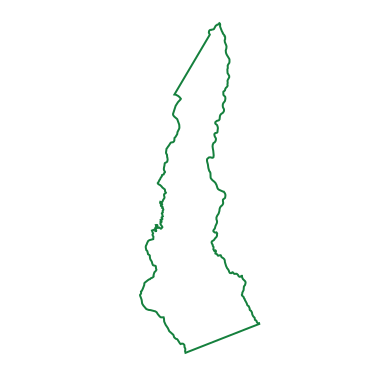 Moju, Pará, Brazil (Natural Earth projection), rotated 339°
{"feature_id": "56859067B36583280657778", "entity_name": "Moju", "entity_type": "district", "adm_level": 2, "iso_a3": "BRA", "parent_name": "Brazil", "parent_adm1": "Pará", "projection": "natural_earth1", "projection_center": [-48.984, -2.536], "detail": "fine", "context": "isolated", "style": "outline", "palette": "green", "viewbox_px": 384, "rotation_deg": 339, "n_neighbors": 0, "source": "geoboundaries", "source_scale": "gbopen_adm2", "svg_char_len": 6113}
<svg xmlns="http://www.w3.org/2000/svg" viewBox="0 0 384 384"><g transform="rotate(339 192 192)"><path d="M210.5,94.7L211.9,95.5L213.5,97.4L214.3,98.8L215.0,100.9L214.6,101.4L211.1,103.1L207.6,105.7L202.2,112.4L202.0,113.5L202.2,114.5L202.6,115.5L204.3,118.6L204.3,119.1L204.2,124.5L203.8,125.9L203.2,127.6L202.6,128.4L199.9,130.9L198.9,132.7L196.3,134.7L195.0,135.3L193.9,137.7L193.1,138.4L192.0,138.7L190.3,138.3L189.7,138.4L186.7,140.6L185.6,141.2L185.1,141.7L183.7,142.5L182.0,145.6L181.8,146.2L181.7,146.9L182.0,148.0L181.9,148.6L181.3,150.6L181.3,151.3L180.8,153.2L179.7,154.8L178.7,155.1L177.6,155.2L177.0,155.3L176.6,155.8L175.9,157.2L174.6,159.2L173.9,160.5L173.7,161.8L174.0,163.6L173.7,164.0L172.7,164.4L171.9,165.4L170.0,165.5L169.4,166.6L168.0,167.4L166.6,168.8L166.1,169.0L164.4,170.6L163.2,171.4L163.4,172.6L164.7,174.1L165.6,175.9L165.9,177.1L167.5,179.8L167.5,180.4L167.1,181.9L167.4,183.3L166.8,183.7L165.7,183.8L165.0,184.4L164.6,185.5L164.5,186.9L164.2,187.6L161.8,189.4L161.4,190.0L160.7,190.6L159.8,190.5L158.9,189.8L158.3,190.7L158.5,191.3L158.8,191.8L159.7,192.2L159.8,192.7L159.3,193.1L158.2,193.2L158.1,194.0L158.7,194.4L159.0,194.9L159.2,195.6L158.4,196.1L159.0,197.1L158.9,198.3L157.9,199.0L157.6,199.6L157.6,200.3L157.3,200.7L156.7,200.8L156.2,201.1L156.2,202.7L156.0,203.2L156.1,204.3L154.6,204.8L154.7,206.0L154.7,206.5L154.4,206.9L153.3,206.6L152.8,206.7L153.0,208.7L152.6,209.2L151.9,208.6L151.5,209.6L151.2,210.1L151.1,211.1L151.8,213.8L151.7,214.3L150.2,215.1L149.8,215.1L148.5,213.3L147.4,213.4L147.0,212.9L147.7,211.0L147.7,210.4L147.0,210.0L146.4,209.9L146.4,210.4L146.1,211.0L146.4,212.4L145.9,212.9L144.9,212.4L144.5,212.9L144.8,213.8L144.8,214.4L144.8,215.1L144.5,215.6L143.8,215.4L144.0,214.3L143.9,213.6L140.8,213.6L140.8,216.8L139.8,217.7L139.7,218.7L140.0,219.6L139.9,220.1L138.9,222.1L135.1,221.7L134.3,221.8L133.4,222.1L131.6,223.8L130.9,224.7L129.9,225.5L129.3,226.3L128.9,227.4L128.5,229.8L128.8,230.3L129.1,231.2L128.7,234.4L129.6,235.5L129.8,236.3L129.3,237.8L129.0,239.4L129.0,240.4L129.3,241.2L129.5,243.2L129.3,244.1L129.3,246.1L129.6,246.6L131.1,247.6L131.6,248.3L131.0,250.5L130.9,251.9L129.7,252.8L128.1,253.5L126.7,255.3L126.1,256.2L126.1,256.8L125.6,257.4L123.9,257.8L122.5,257.8L121.6,258.3L120.7,258.2L119.3,258.5L115.2,259.8L114.6,260.5L114.1,261.7L111.5,264.6L109.7,266.3L108.7,266.6L108.3,268.1L107.8,268.7L106.6,269.5L106.4,270.2L106.4,273.0L106.3,274.8L105.5,278.3L105.9,280.6L107.4,284.9L109.2,286.5L111.1,287.5L115.0,290.3L115.9,291.6L116.3,293.8L117.3,296.8L118.1,297.9L120.6,298.8L120.5,300.0L119.6,303.0L119.8,306.6L120.7,310.5L120.9,313.8L123.4,318.7L123.3,321.3L124.2,323.1L125.4,324.1L125.6,324.6L126.5,329.2L126.9,329.9L128.2,329.9L129.3,330.5L130.0,331.8L130.0,332.3L129.4,334.3L129.6,335.6L129.3,336.7L128.5,338.1L128.3,339.8L196.7,339.3L207.5,339.3L207.6,338.5L206.4,338.3L205.9,336.4L206.0,335.4L205.8,334.9L205.1,334.2L205.0,333.6L205.4,331.8L204.7,330.3L204.5,329.3L204.4,327.9L204.8,325.9L204.5,324.0L203.8,323.1L203.7,322.5L204.1,321.4L204.0,318.9L203.3,318.0L203.1,317.5L203.2,315.7L202.9,313.0L202.7,312.4L202.8,310.7L202.5,310.3L202.5,309.7L202.6,308.7L201.6,306.5L201.7,305.8L202.2,305.4L203.0,303.9L204.9,302.2L205.2,301.7L206.5,299.0L206.9,298.6L208.1,297.9L209.1,296.6L209.7,295.4L209.6,294.3L208.3,291.4L208.2,289.5L208.6,288.2L208.1,288.0L207.6,288.3L207.1,288.4L206.2,288.3L205.8,288.0L205.3,287.0L205.2,285.8L204.5,284.5L204.1,284.2L202.1,283.6L201.2,281.5L200.8,281.4L200.0,281.9L199.5,281.8L198.5,281.3L198.2,280.7L198.1,279.4L198.2,278.5L197.8,276.5L197.5,276.0L197.3,273.4L197.6,269.3L198.1,267.4L198.0,266.2L197.5,265.1L196.3,263.5L196.2,262.9L196.2,261.8L196.1,261.3L194.6,260.9L194.1,261.0L193.5,260.8L193.3,260.4L193.1,259.2L191.8,257.8L193.1,256.0L193.2,255.3L192.9,254.9L191.9,255.3L191.5,254.6L191.6,253.7L191.4,253.2L192.2,251.6L192.4,251.0L192.1,249.7L192.4,248.6L192.1,247.3L192.2,246.1L192.4,245.7L193.2,245.1L195.0,244.8L195.9,244.3L196.8,243.6L198.6,242.8L199.7,241.8L200.0,240.8L200.6,239.9L200.6,239.4L200.5,238.9L200.3,238.4L199.2,238.3L198.8,238.0L198.0,236.7L197.9,236.2L198.1,235.7L198.9,235.0L200.2,234.3L201.8,232.1L204.1,229.9L204.8,228.6L205.0,227.5L205.0,226.4L205.2,225.8L205.6,224.7L205.9,224.3L207.1,223.1L209.1,221.7L210.8,219.5L211.7,217.7L212.7,216.5L213.9,215.7L215.2,215.3L216.0,214.8L216.8,214.1L217.3,213.1L217.6,211.6L218.1,210.3L218.6,210.0L219.5,209.8L220.8,209.3L221.9,207.4L222.2,206.5L222.3,205.2L221.8,203.1L221.3,202.9L219.0,200.6L217.8,199.3L217.3,198.3L217.2,197.3L217.4,194.2L217.1,191.8L216.4,190.2L215.3,188.3L214.5,186.0L214.6,185.0L216.0,180.9L216.0,179.7L215.7,178.8L215.7,177.6L215.9,175.4L216.7,172.0L217.0,169.1L217.3,167.9L217.7,167.0L218.2,166.5L220.3,165.8L221.6,166.2L223.1,167.3L224.0,167.4L224.5,167.2L225.4,165.5L226.6,161.2L227.0,159.0L227.5,156.9L228.3,155.3L229.6,154.0L231.1,153.7L232.3,152.8L232.9,152.0L233.4,151.0L233.5,150.3L233.2,148.6L233.2,147.5L233.6,146.0L234.9,145.3L236.3,145.6L236.8,145.5L237.3,145.1L238.0,143.6L239.0,141.8L239.3,140.7L239.4,138.8L239.3,138.3L238.5,137.0L238.3,136.4L238.6,135.5L238.9,135.1L240.7,134.5L242.6,134.7L243.1,134.5L243.8,134.0L245.3,131.1L246.0,130.3L246.9,129.7L249.5,129.0L250.8,127.9L251.3,126.9L251.5,126.0L251.3,124.3L251.3,123.6L251.8,122.0L252.3,121.1L253.0,120.3L255.3,118.9L256.0,117.9L256.8,116.4L257.1,114.9L256.2,113.0L256.2,112.3L257.1,109.8L257.4,109.5L258.4,109.3L259.2,108.9L260.1,107.6L261.0,106.9L262.3,106.4L263.3,105.6L263.7,104.1L264.3,103.1L264.7,102.1L264.8,101.5L265.1,100.7L265.8,100.0L267.8,98.3L268.3,97.1L268.2,96.1L267.8,93.7L269.0,90.1L269.8,89.2L270.6,86.8L271.5,85.9L273.1,84.8L273.6,84.0L274.4,81.9L274.5,81.1L273.6,76.1L273.6,74.2L274.2,72.0L275.5,70.3L276.3,68.7L276.5,67.6L276.4,63.8L276.9,62.0L277.7,61.2L278.5,59.1L278.2,58.1L278.5,57.7L277.6,55.0L277.8,54.5L277.5,52.7L277.5,47.9L277.6,47.3L278.3,45.8L278.4,44.8L278.0,44.2L277.1,44.8L276.4,45.0L275.9,44.8L275.5,44.8L275.0,45.1L274.0,45.2L273.6,45.4L270.9,47.7L270.0,47.8L268.7,47.5L268.3,47.6L267.1,47.2L266.1,47.5L265.5,48.0L264.8,49.4L265.0,51.5L210.5,94.7Z" fill="none" stroke="#15803d" stroke-width="2"/></g></svg>